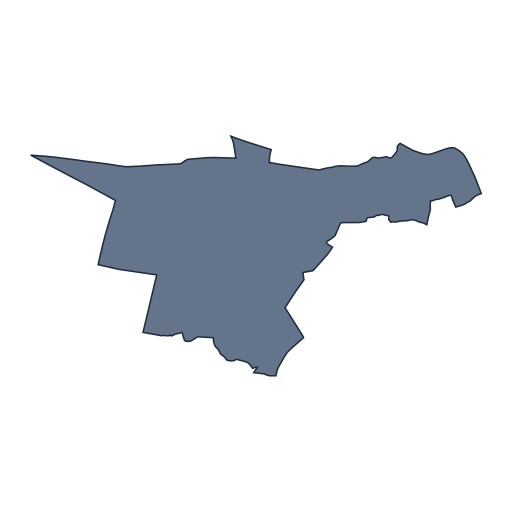 the district of Hoc Mon, Hồ Chí Minh city, Vietnam
{"feature_id": "81297802B64363050509880", "entity_name": "Hoc Mon", "entity_type": "district", "adm_level": 2, "iso_a3": "VNM", "parent_name": "Vietnam", "parent_adm1": "Hồ Chí Minh city", "projection": "mercator", "projection_center": [106.609, 10.878], "detail": "fine", "context": "isolated", "style": "filled", "palette": "slate", "viewbox_px": 512, "rotation_deg": 0, "n_neighbors": 0, "source": "geoboundaries", "source_scale": "gbopen_adm2", "svg_char_len": 4488}
<svg xmlns="http://www.w3.org/2000/svg" viewBox="0 0 512 512"><path d="M253.7,372.7L262.8,373.7L263.6,373.8L267.4,375.2L269.5,375.8L272.6,375.8L275.9,375.8L275.9,375.7L276.2,374.6L277.2,370.1L278.3,367.4L279.7,364.9L284.5,356.6L287.1,352.6L288.9,350.7L292.8,347.1L303.6,337.7L302.7,335.7L294.7,323.0L286.0,309.2L285.1,307.8L286.1,306.2L289.6,300.7L294.4,293.4L296.0,290.9L298.3,287.8L300.0,285.4L301.5,283.3L304.0,279.8L303.9,279.2L303.7,278.1L303.5,276.8L303.3,275.0L303.2,274.2L303.1,273.6L302.9,273.2L302.7,272.8L303.1,272.5L303.4,272.4L304.5,272.2L308.6,271.5L311.0,271.0L313.0,270.7L314.6,268.9L317.4,265.9L317.8,265.4L325.4,256.8L325.7,256.5L327.6,254.3L329.1,252.2L329.6,251.6L332.5,247.2L328.8,244.8L326.5,243.1L326.5,242.4L326.6,241.8L330.1,239.5L331.4,238.6L334.0,236.6L335.3,235.2L339.0,226.5L340.1,224.1L340.5,223.4L341.1,223.0L341.6,222.7L344.4,222.6L357.0,222.6L359.4,222.5L360.8,222.3L363.4,221.8L365.6,221.5L366.3,221.1L366.6,219.3L366.9,218.5L367.6,217.7L368.5,217.6L370.3,217.5L371.0,217.2L372.2,217.1L373.6,217.1L374.8,216.7L375.4,216.1L375.9,215.8L376.2,215.5L377.6,215.3L379.0,215.4L380.1,214.9L381.4,214.5L382.2,214.4L384.1,214.8L385.8,215.4L388.0,215.6L388.9,216.3L388.9,218.1L388.6,219.5L389.4,220.4L390.7,222.3L391.9,221.9L393.4,221.9L396.4,222.0L399.3,221.3L401.7,221.0L406.3,220.8L409.0,220.4L411.9,219.7L413.8,220.0L416.8,220.8L418.1,221.6L420.3,222.3L423.5,223.0L425.4,224.1L426.8,224.8L427.7,220.9L427.8,219.4L428.4,217.0L429.4,213.5L430.1,210.6L430.4,208.6L430.2,205.5L430.5,200.9L431.1,200.9L432.0,200.9L433.5,200.4L434.8,199.8L435.9,199.6L437.4,199.4L438.6,199.2L440.5,198.6L443.1,197.8L446.1,196.6L449.1,195.5L450.0,195.3L450.5,195.2L450.9,195.3L451.1,195.6L452.1,198.0L452.5,199.5L453.9,203.0L455.8,207.1L461.5,205.4L465.2,203.9L466.0,203.2L470.3,200.9L471.7,199.5L474.7,196.7L476.8,195.3L481.3,193.6L478.7,186.8L475.1,177.4L471.2,169.0L468.5,163.1L465.6,157.7L463.0,153.9L460.6,151.8L458.1,150.0L455.3,148.4L453.6,147.7L452.6,147.7L450.7,147.8L448.2,148.2L443.8,149.6L432.3,153.6L428.5,154.4L426.5,154.4L421.3,153.3L413.3,150.6L403.6,145.3L400.1,143.3L398.6,144.7L397.8,145.7L397.5,146.2L397.2,147.0L397.3,148.8L397.2,150.4L397.0,151.0L396.3,152.0L395.0,153.8L392.0,157.2L391.6,157.6L391.2,157.9L390.8,158.0L390.2,158.0L388.9,157.7L387.7,157.1L386.6,156.8L385.8,156.8L385.2,157.0L379.6,157.9L377.7,158.0L376.3,157.6L375.3,157.4L374.2,157.3L373.1,157.4L372.1,157.8L370.0,159.7L368.2,161.3L367.1,162.0L364.1,163.0L360.9,164.4L358.2,165.7L357.1,165.9L355.5,166.2L354.0,166.1L349.1,166.2L343.9,165.9L339.1,165.9L335.9,166.2L334.0,166.8L331.0,167.4L326.5,168.1L322.5,169.0L319.3,170.0L294.8,166.5L288.2,165.5L287.6,165.4L280.9,164.5L274.2,163.3L270.4,162.7L269.4,162.6L269.5,158.5L269.6,156.4L271.2,149.6L246.4,141.8L236.6,138.3L230.9,136.2L232.6,140.0L233.5,143.2L235.9,158.1L214.0,157.5L209.1,157.6L206.6,157.7L199.5,158.3L188.7,159.2L187.2,159.5L185.9,160.2L184.6,161.0L184.1,161.4L183.5,161.8L182.5,162.5L180.8,163.7L180.4,163.7L180.2,163.8L177.0,164.0L166.0,164.5L156.7,164.9L153.0,165.2L150.5,165.4L139.2,166.2L131.9,166.5L131.4,166.5L128.4,166.7L127.0,166.7L125.3,166.6L124.4,166.5L124.0,166.5L122.5,166.2L118.0,165.7L117.6,165.7L114.6,165.0L112.2,164.7L108.4,164.1L104.4,163.6L103.9,163.5L94.3,162.3L87.1,161.4L83.9,161.0L82.5,160.8L82.3,160.8L76.9,160.0L72.5,159.4L57.3,157.5L56.9,157.4L44.0,156.1L40.3,155.9L33.9,155.4L30.7,155.1L40.3,160.3L47.7,164.3L48.3,164.6L51.5,166.3L64.6,173.2L75.9,179.2L83.1,182.8L84.2,183.4L96.7,190.2L103.9,194.1L108.8,196.8L115.5,200.5L113.2,208.8L112.9,209.7L112.8,210.2L109.3,221.1L105.2,235.1L102.6,245.3L99.9,256.8L98.1,264.7L119.0,269.4L156.7,274.9L143.0,332.4L161.4,335.7L162.3,335.6L163.4,335.4L165.1,335.6L166.6,335.8L168.4,335.8L169.3,335.6L169.6,335.1L169.9,335.0L170.3,335.0L170.5,335.3L170.8,335.5L171.4,336.0L171.7,335.9L174.1,334.7L175.7,334.1L179.3,333.2L182.2,332.6L182.8,334.8L183.2,336.7L183.5,337.3L183.8,337.8L184.0,338.7L184.2,339.6L184.4,340.4L186.0,341.3L188.6,341.4L191.2,340.9L193.5,339.4L197.8,336.8L213.3,337.7L213.4,339.5L213.6,341.4L214.2,344.1L214.8,345.6L215.8,347.1L217.7,348.9L218.4,349.8L220.5,353.9L221.3,354.6L224.0,356.6L224.6,357.1L225.3,358.1L226.7,359.9L227.3,360.3L228.7,360.6L230.2,360.8L231.9,360.9L232.7,360.8L233.8,360.6L234.5,360.5L235.7,359.6L236.4,359.4L239.5,360.1L243.2,361.1L246.4,362.0L247.7,362.6L248.7,363.4L251.1,366.1L252.1,367.9L252.5,368.3L252.9,368.3L254.1,367.8L255.6,367.3L257.2,367.4L253.7,372.7Z" fill="#64748b" stroke="#1e293b" stroke-width="1.5"/></svg>